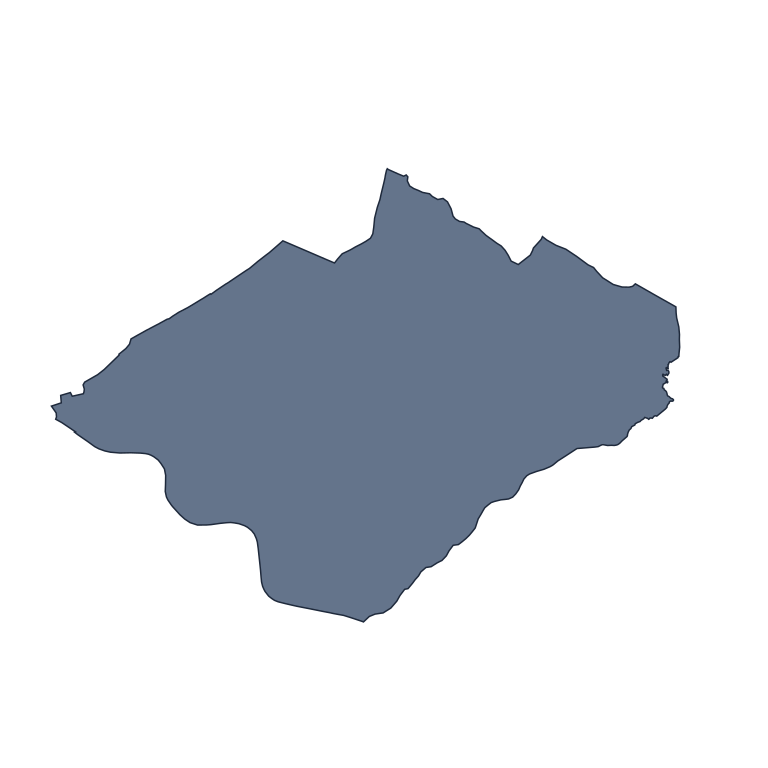 Oteapan, Veracruz, Mexico, rotated 229°
{"feature_id": "50627088B13566267376953", "entity_name": "Oteapan", "entity_type": "district", "adm_level": 2, "iso_a3": "MEX", "parent_name": "Mexico", "parent_adm1": "Veracruz", "projection": "albers", "projection_center": [-94.678, 17.988], "detail": "fine", "context": "isolated", "style": "filled", "palette": "slate", "viewbox_px": 768, "rotation_deg": 229, "n_neighbors": 0, "source": "geoboundaries", "source_scale": "gbopen_adm2", "svg_char_len": 4971}
<svg xmlns="http://www.w3.org/2000/svg" viewBox="0 0 768 768"><g transform="rotate(229 384 384)"><path d="M572.8,113.1L566.3,115.5L557.0,118.0L550.2,119.8L550.3,119.1L550.4,118.9L546.8,119.6L534.7,122.7L526.5,124.6L522.1,126.3L516.6,129.4L512.0,132.8L505.2,139.4L498.2,147.8L491.7,154.8L487.9,158.4L485.5,160.2L483.2,161.4L480.3,162.5L474.8,163.7L470.3,163.5L464.0,162.6L458.3,159.3L451.3,153.0L446.4,148.4L441.5,145.7L438.2,144.8L432.2,144.1L430.2,144.0L420.6,144.2L419.5,144.2L414.5,144.8L412.8,145.0L406.6,146.7L399.9,150.7L394.1,157.5L391.2,161.4L390.9,161.9L386.2,169.1L382.6,174.2L380.1,177.4L377.5,179.8L373.7,182.9L368.6,185.8L365.4,187.0L360.2,187.9L355.9,187.7L351.0,186.2L347.8,184.7L342.0,180.9L341.6,180.6L332.7,174.4L328.1,171.2L324.7,168.8L318.7,164.4L314.9,161.7L312.4,160.4L310.8,159.6L307.9,158.7L307.1,158.5L305.4,158.1L299.6,157.8L295.9,158.5L292.6,159.4L289.1,161.2L283.5,165.1L277.4,169.5L273.2,172.6L263.6,180.1L259.2,183.5L252.7,188.5L247.0,193.0L244.4,194.9L239.6,198.7L235.9,201.7L229.4,205.7L219.1,211.8L217.9,212.4L218.2,220.4L216.2,226.3L212.7,231.8L211.8,233.1L211.2,237.1L210.4,242.1L211.1,247.0L211.7,251.2L213.9,257.3L215.5,264.9L213.8,267.9L214.9,274.8L215.9,279.2L216.5,284.1L218.0,288.5L218.0,295.3L215.2,299.7L214.2,306.5L213.3,310.2L212.8,311.9L213.4,318.3L215.4,323.6L216.9,330.4L214.0,334.8L213.7,339.4L213.6,344.6L213.9,349.4L214.6,353.8L215.5,358.4L218.6,363.6L220.4,366.6L222.0,371.6L223.4,375.5L224.5,378.9L224.4,383.4L224.2,387.1L222.9,390.3L219.9,396.2L217.3,399.9L215.5,402.6L214.2,406.9L214.6,411.3L215.8,416.2L217.6,419.9L218.9,423.5L220.5,427.2L221.1,431.5L220.6,434.8L217.9,441.8L214.7,448.8L212.7,454.9L212.2,457.3L212.0,458.8L211.9,464.6L210.5,474.2L208.7,487.3L198.1,501.7L196.2,504.6L195.6,507.0L195.1,508.7L194.3,509.7L190.9,512.4L188.4,515.6L186.6,517.4L185.5,519.2L184.9,520.6L184.6,522.9L184.9,526.5L184.9,530.8L184.9,532.9L185.3,533.8L186.1,534.6L187.4,536.6L188.4,539.0L188.4,541.1L189.3,543.0L188.8,545.0L188.5,546.4L189.2,547.6L188.6,550.3L187.7,552.6L187.9,554.2L187.4,557.0L187.7,558.9L186.3,559.7L185.1,560.4L183.7,560.6L183.6,561.5L183.8,562.3L183.2,563.2L182.1,564.0L182.2,564.7L182.4,566.0L182.5,566.9L181.9,568.1L180.8,568.8L180.5,579.8L180.6,580.9L180.8,582.3L181.4,582.9L182.3,584.7L182.6,587.0L183.2,587.4L183.3,588.2L183.0,589.3L182.2,589.9L181.6,590.8L181.8,591.8L182.4,592.2L183.6,592.0L184.9,591.2L185.9,591.0L187.4,590.9L189.0,590.3L189.9,590.6L191.1,591.3L192.7,592.0L194.2,592.1L195.8,591.7L196.6,592.1L197.1,592.3L198.3,591.7L199.0,592.1L199.4,592.9L200.1,593.8L200.7,594.7L200.4,595.6L200.2,597.4L199.8,598.2L199.0,598.7L199.2,599.4L200.0,599.8L200.5,599.6L201.1,599.0L201.4,600.2L201.8,600.8L202.7,600.6L205.7,600.0L207.1,599.6L208.1,600.3L208.3,601.0L208.0,601.1L207.4,601.0L206.9,601.5L206.0,601.9L206.1,603.5L205.5,603.6L204.9,603.4L204.5,603.6L204.8,604.4L205.2,606.0L206.1,606.9L207.1,607.3L208.2,607.2L208.8,606.2L210.2,606.9L211.0,607.3L211.1,607.8L210.0,608.0L209.2,608.6L209.6,609.0L210.6,609.2L211.0,610.2L212.3,611.1L212.3,611.9L212.7,612.3L213.0,613.1L213.3,614.4L213.2,614.5L212.1,614.9L211.0,623.2L211.7,624.0L211.4,624.6L213.5,626.7L217.8,631.3L223.8,636.1L227.5,639.5L233.6,643.9L241.8,648.2L246.0,651.1L250.7,654.9L274.1,646.6L294.7,639.4L294.6,635.7L296.3,632.5L301.0,627.3L308.7,622.3L320.7,618.7L329.5,618.4L334.3,618.6L340.0,616.2L354.8,612.9L355.0,612.8L366.4,609.7L375.8,604.8L386.0,601.3L391.3,600.3L390.0,597.5L388.6,586.0L387.2,583.6L385.3,579.0L385.7,571.1L386.1,563.7L388.7,562.6L393.3,560.6L399.7,562.2L400.4,562.3L405.5,563.1L411.3,563.0L416.2,561.5L423.0,560.0L424.5,559.6L429.3,558.5L436.1,557.8L438.1,557.7L438.8,557.6L443.8,554.5L449.6,552.1L451.2,551.4L453.7,550.7L457.1,547.7L461.8,546.1L465.5,546.3L470.8,548.9L472.3,549.6L479.8,551.4L485.3,550.3L488.0,545.6L493.8,543.5L497.7,543.2L500.2,541.2L503.3,538.8L507.4,537.0L511.9,534.7L516.6,533.3L521.9,534.8L522.5,535.4L524.7,537.9L527.2,537.9L527.9,535.2L529.5,534.4L533.3,532.5L540.2,529.3L542.8,528.1L543.8,527.8L544.3,527.7L544.1,527.3L543.7,526.2L540.8,522.2L538.8,519.8L535.8,515.7L531.0,508.9L529.5,506.8L528.1,504.9L525.9,502.0L521.8,495.0L521.4,494.4L515.3,485.7L509.2,479.3L504.7,474.1L503.9,472.1L502.9,469.4L503.6,463.8L504.6,458.8L506.2,452.4L507.0,448.1L507.4,446.2L508.0,444.0L509.7,437.9L508.8,431.2L507.8,426.1L508.9,425.5L516.5,421.8L532.1,414.3L558.4,401.6L558.4,400.0L558.4,392.5L558.4,383.6L558.7,379.6L559.3,368.8L559.3,367.1L559.5,358.2L560.0,355.1L561.4,344.0L562.9,331.7L563.2,330.5L564.6,319.4L565.2,312.3L566.0,312.1L566.6,308.6L567.3,303.8L567.7,301.7L570.4,286.1L572.8,276.1L573.8,269.4L574.2,264.7L575.2,262.8L577.0,254.4L577.0,254.1L577.6,251.8L580.4,240.0L582.3,231.0L584.0,222.7L581.0,218.0L580.1,212.5L580.4,203.5L579.6,203.0L578.5,182.3L578.9,174.0L581.8,159.3L580.7,156.3L576.8,154.5L574.8,152.3L573.9,150.7L579.3,140.7L583.3,141.7L587.5,132.5L581.5,128.1L585.5,118.5L577.2,117.6L574.0,115.2L572.8,113.1Z" fill="#64748b" stroke="#1e293b" stroke-width="1.5"/></g></svg>